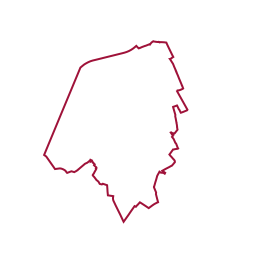 Bergen op Zoom, Noord-Brabant, Netherlands (Equal Earth projection), rotated 52°
{"feature_id": "6326949B50303337761735", "entity_name": "Bergen op Zoom", "entity_type": "district", "adm_level": 2, "iso_a3": "NLD", "parent_name": "Netherlands", "parent_adm1": "Noord-Brabant", "projection": "equal_earth", "projection_center": [4.307, 51.505], "detail": "fine", "context": "isolated", "style": "outline", "palette": "rose", "viewbox_px": 256, "rotation_deg": 52, "n_neighbors": 0, "source": "geoboundaries", "source_scale": "gbopen_adm2", "svg_char_len": 4742}
<svg xmlns="http://www.w3.org/2000/svg" viewBox="0 0 256 256"><g transform="rotate(52 128 128)"><path d="M97.6,210.7L99.7,210.1L100.1,210.0L100.3,210.0L100.6,210.0L110.0,210.5L112.2,210.6L115.4,210.8L117.8,206.7L118.0,206.5L118.2,206.2L118.4,206.1L118.6,205.9L119.0,205.5L119.3,205.3L119.9,205.0L120.3,204.7L120.9,204.4L121.2,204.3L121.4,204.2L122.1,203.9L122.5,203.8L122.8,203.7L123.1,203.7L123.3,203.7L123.5,203.6L124.6,203.7L125.9,203.6L127.3,199.2L129.0,198.0L129.7,197.5L129.9,196.1L130.0,195.8L130.0,195.5L130.1,194.5L130.1,193.8L130.2,193.7L130.0,192.3L130.1,191.7L130.0,191.0L129.9,188.4L129.8,185.8L129.8,185.6L129.7,184.0L130.2,181.8L130.3,181.5L130.3,181.1L130.3,180.8L130.3,180.5L130.2,178.1L130.2,177.9L130.1,177.6L129.9,177.2L131.3,176.5L131.4,176.8L131.5,177.0L131.7,177.4L131.8,177.0L133.7,176.7L133.8,177.0L136.1,176.6L136.4,177.7L139.6,177.2L140.1,178.3L140.5,178.3L140.7,178.2L140.8,178.4L140.9,178.6L141.1,179.0L141.5,180.1L141.8,180.7L142.0,181.3L142.6,182.5L142.9,183.4L143.1,183.8L143.1,184.2L143.4,184.8L143.5,184.8L144.0,184.9L144.9,184.9L145.6,184.8L146.4,184.8L147.8,184.8L149.5,184.9L149.8,184.8L152.1,184.3L154.6,184.7L154.8,184.6L156.4,183.3L156.4,182.2L160.2,179.7L161.0,180.2L162.5,181.2L163.4,181.8L165.4,183.2L168.7,185.3L172.6,181.6L173.7,182.7L174.0,183.0L174.3,183.2L174.4,183.3L174.9,183.6L175.1,183.7L175.6,184.0L176.0,184.1L176.5,184.3L178.4,184.7L181.4,185.4L192.1,187.6L198.2,189.0L199.2,189.2L197.4,183.2L197.0,181.8L195.4,176.8L194.4,173.5L193.6,170.9L194.9,170.3L194.6,168.8L194.5,168.3L194.5,167.8L194.2,166.2L194.0,165.0L193.9,164.4L195.8,163.7L200.5,162.1L203.9,161.0L203.9,160.9L203.9,160.4L204.0,156.5L204.1,154.8L204.1,154.6L204.2,154.0L204.3,153.2L204.5,152.2L204.6,151.5L204.8,150.8L204.8,150.5L204.9,150.4L205.0,150.0L204.3,149.7L201.9,148.7L201.2,148.4L200.8,148.2L200.3,148.0L199.4,147.6L197.8,146.9L197.6,146.8L197.3,146.7L197.2,146.6L196.2,145.6L195.9,145.5L193.8,144.9L192.7,144.6L190.6,144.0L190.4,143.8L190.2,143.6L190.2,143.4L187.4,139.6L186.8,138.7L185.6,137.0L184.1,135.0L183.9,134.8L183.8,134.6L183.7,134.4L183.6,134.2L183.0,132.9L182.8,132.4L182.5,131.6L181.8,130.1L183.4,129.6L184.8,128.1L185.0,127.9L185.3,127.7L185.5,127.6L186.0,127.4L186.6,127.2L186.2,126.3L183.7,127.1L183.1,127.3L182.8,127.3L182.9,126.9L183.0,126.1L183.2,124.8L183.6,122.4L183.7,122.0L183.8,121.6L184.0,120.3L184.1,120.0L184.4,117.8L184.7,116.5L184.7,116.4L184.6,116.2L184.3,114.4L184.1,113.8L184.0,113.4L184.0,113.0L183.8,112.2L183.7,112.0L183.2,111.7L182.4,111.3L180.9,111.3L180.5,111.4L180.4,111.4L178.3,111.5L177.9,111.5L177.1,111.6L176.6,111.6L176.0,111.7L174.4,111.7L174.2,110.9L173.7,109.2L173.4,108.2L173.2,107.6L173.1,107.0L172.9,106.4L172.8,105.9L172.7,105.8L172.8,105.6L173.2,104.9L173.3,104.7L173.5,104.3L173.5,104.2L174.1,103.1L174.6,102.2L174.9,101.7L175.0,101.5L175.0,101.4L175.0,101.1L174.2,101.0L173.5,100.8L172.9,100.6L169.9,99.7L169.6,99.7L169.3,99.8L169.2,99.8L168.8,99.8L168.6,99.8L168.3,99.7L166.4,99.2L164.7,98.8L164.0,98.8L162.8,98.8L162.4,98.8L162.1,98.8L161.8,97.4L157.9,97.1L158.0,96.7L158.4,96.6L158.8,96.4L160.6,95.7L160.2,95.4L160.9,94.4L159.8,90.0L158.8,89.5L158.4,89.3L157.5,88.8L157.5,88.7L155.5,87.5L153.9,86.7L153.7,86.5L153.6,86.4L153.4,86.4L150.7,85.0L150.6,84.9L150.4,84.8L147.9,83.6L146.8,82.6L144.8,81.8L139.1,79.5L139.1,79.4L139.2,79.2L139.4,78.7L140.2,76.3L140.4,75.5L140.5,75.5L144.5,76.4L144.8,76.4L145.2,76.3L145.3,76.3L146.5,76.6L148.4,77.0L148.5,77.0L149.2,74.9L149.3,74.6L150.1,71.7L150.3,71.0L150.4,70.7L150.4,70.4L150.2,69.9L130.6,66.9L128.7,66.6L128.4,66.5L128.5,66.5L129.2,65.4L129.5,64.9L129.8,64.4L130.0,63.9L130.5,62.2L130.6,61.6L130.8,61.0L130.8,60.4L130.8,60.2L128.0,59.3L127.9,59.4L127.2,59.2L126.7,59.0L124.5,58.4L120.1,57.2L117.4,56.4L116.3,56.1L115.3,55.9L113.1,55.3L113.2,55.2L111.4,54.7L110.9,54.6L107.8,53.8L106.5,53.4L105.4,53.1L105.1,53.0L104.9,53.0L103.8,52.9L100.7,52.6L100.1,52.5L99.6,52.5L99.4,52.5L99.5,52.3L99.6,52.0L99.7,51.7L99.8,49.8L99.8,49.4L99.9,48.6L97.7,48.2L90.2,46.6L86.6,45.8L85.0,45.4L84.3,45.2L84.0,45.5L83.5,46.0L83.2,46.2L83.0,46.5L82.4,47.1L80.6,49.2L79.8,50.2L79.5,50.4L79.6,50.5L79.4,50.6L79.1,51.0L77.9,52.3L77.2,53.0L76.9,53.3L76.6,53.5L75.3,54.9L75.2,54.9L75.2,55.0L75.1,56.8L75.2,57.1L75.2,57.3L75.7,59.2L75.4,59.2L75.3,59.3L75.2,59.4L75.2,59.6L74.0,63.7L73.9,63.8L73.8,64.0L72.8,67.2L72.5,68.4L72.2,69.3L72.3,69.3L72.2,69.7L72.0,69.9L72.0,70.0L71.9,70.3L71.6,70.4L71.6,70.5L71.4,70.5L71.1,70.6L70.9,70.7L68.4,70.9L68.5,73.1L68.5,75.4L68.3,77.6L67.9,79.9L67.3,82.1L66.5,84.3L65.6,86.4L57.9,103.6L57.1,105.4L57.0,105.7L56.8,106.1L54.1,112.1L53.1,114.3L52.3,116.4L51.7,118.7L51.3,120.9L51.0,123.2L51.0,125.4L51.1,128.3L62.5,148.5L75.9,172.3L97.6,210.7Z" fill="none" stroke="#9f1239" stroke-width="2"/></g></svg>